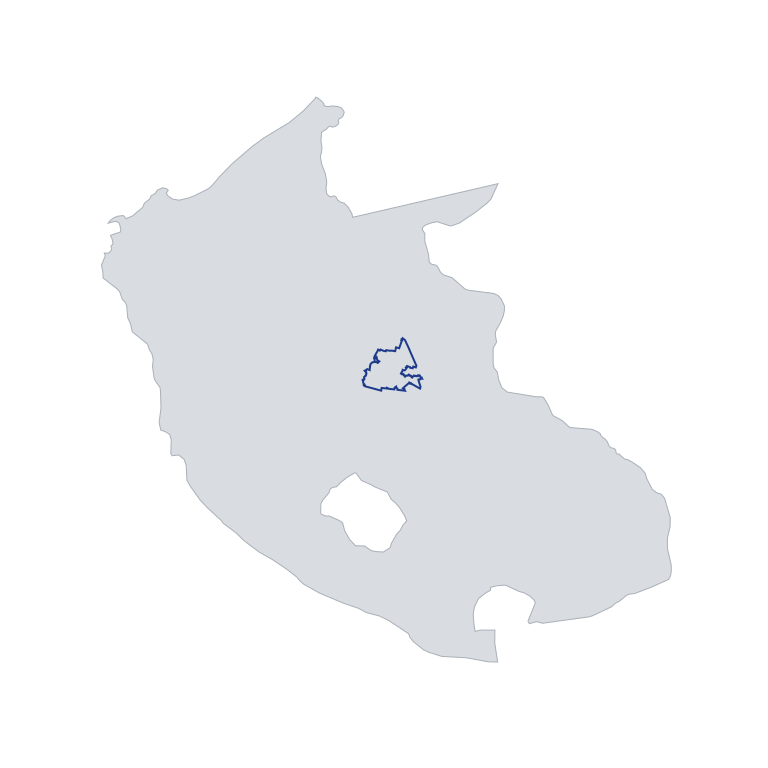 Frances Baard, Northern Cape, South Africa shown in context, rotated 79°
{"feature_id": "47623444B47551800403987", "entity_name": "Frances Baard", "entity_type": "district", "adm_level": 2, "iso_a3": "ZAF", "parent_name": "South Africa", "parent_adm1": "Northern Cape", "projection": "orthographic", "projection_center": [24.486, -28.328], "detail": "fine", "context": "in_parent", "style": "outline", "palette": "blue", "viewbox_px": 768, "rotation_deg": 79, "n_neighbors": 0, "source": "geoboundaries", "source_scale": "gbopen_adm2", "svg_char_len": 7913}
<svg xmlns="http://www.w3.org/2000/svg" viewBox="0 0 768 768"><g transform="rotate(79 384 384)"><path d="M549.7,130.4L569.7,128.5L578.6,130.4L589.3,135.2L599.3,137.2L616.4,136.6L622.2,137.6L626.8,139.3L630.1,141.8L634.2,159.2L637.5,177.8L637.1,183.7L637.6,186.0L642.0,194.1L643.5,199.0L646.1,203.1L651.2,223.1L651.7,226.6L649.1,274.0L646.4,279.6L647.0,287.1L644.2,287.9L628.1,277.4L625.2,277.6L620.4,280.9L615.8,286.2L613.5,290.8L604.6,303.2L603.6,311.3L604.0,318.3L606.7,318.7L608.4,323.8L612.5,332.0L619.8,337.6L626.7,340.3L636.4,341.5L644.2,341.8L644.0,336.4L646.7,322.1L659.4,324.7L678.6,325.5L676.6,334.7L668.4,355.6L662.4,379.3L656.0,391.1L652.5,395.9L642.8,404.1L637.8,406.8L633.8,407.5L617.1,424.5L610.8,432.8L604.9,445.1L599.4,451.7L591.2,466.0L577.0,487.1L565.3,500.9L560.2,504.8L556.8,506.5L547.7,514.4L534.9,527.2L525.1,538.7L510.7,551.6L502.4,557.2L490.0,568.4L486.6,570.0L472.8,580.3L462.9,586.6L447.1,593.8L440.8,595.8L426.0,593.7L419.8,594.6L414.5,599.1L414.0,605.7L411.8,606.6L398.2,603.5L392.6,604.0L389.3,607.5L386.6,611.9L378.9,612.1L365.0,607.5L348.6,604.8L344.8,604.5L337.0,608.0L334.2,608.5L322.7,607.9L316.2,605.9L310.1,606.0L305.5,607.8L299.8,608.5L284.8,621.1L276.9,621.3L270.1,622.9L258.0,621.6L254.4,622.5L250.9,624.7L242.8,625.9L239.7,627.9L226.3,639.5L220.6,638.6L213.4,638.7L205.0,633.1L202.0,633.6L202.7,631.8L202.8,628.6L199.7,625.5L196.6,625.8L194.7,623.2L189.8,623.2L185.8,624.2L184.5,613.9L182.6,612.9L177.6,613.0L175.3,613.4L174.2,614.4L173.1,616.9L173.5,624.1L171.6,622.1L169.4,617.9L168.5,613.3L168.9,607.8L172.5,605.6L171.0,598.7L164.5,587.1L160.8,584.7L157.7,578.7L154.8,576.7L153.4,572.4L150.4,569.2L149.2,563.8L150.5,560.6L152.7,558.8L155.3,561.3L158.3,560.1L162.3,556.0L164.5,549.9L164.1,540.4L163.1,534.4L158.8,519.2L157.0,515.8L148.6,505.2L138.7,490.9L125.8,468.3L119.4,454.7L109.2,427.0L100.8,411.5L90.7,397.1L89.4,396.3L90.7,394.3L95.4,390.6L97.6,389.5L98.8,389.9L99.9,388.8L100.9,386.4L101.3,381.1L103.3,375.4L105.2,372.9L109.5,371.1L112.9,373.0L114.4,374.9L115.2,377.6L116.7,378.8L119.0,378.5L120.8,380.1L122.0,383.4L121.9,385.9L120.7,387.5L121.0,389.5L122.8,391.9L125.0,397.3L134.0,399.6L139.1,399.7L143.9,400.8L148.5,403.0L155.9,403.3L166.1,401.5L174.6,401.6L181.3,403.7L186.1,403.9L189.1,402.3L190.2,400.1L189.7,397.2L191.1,395.4L194.4,394.5L197.0,392.2L198.9,388.6L203.5,385.5L210.7,383.0L214.4,383.0L209.1,233.9L222.9,243.7L226.2,248.3L233.1,262.0L240.3,279.0L241.6,287.3L241.4,289.1L234.9,300.7L234.8,306.2L235.8,312.8L237.5,316.0L239.5,317.0L244.2,315.2L251.5,316.7L265.3,315.6L272.3,316.3L274.0,315.7L275.6,314.3L277.3,310.3L278.9,309.0L285.3,307.1L288.2,304.8L292.6,297.0L306.3,286.3L307.8,283.8L316.2,258.8L318.8,255.2L322.7,252.8L330.4,250.9L334.9,251.8L339.8,253.9L345.3,257.5L353.5,264.3L356.3,265.3L364.4,265.5L369.5,270.0L384.8,273.0L389.2,272.9L393.9,270.5L401.8,270.6L410.2,269.0L415.4,264.6L425.5,237.5L426.7,231.5L427.8,229.9L435.9,226.9L445.8,224.7L447.8,223.5L454.0,216.0L462.2,209.9L468.2,188.3L471.9,183.2L474.2,181.1L475.7,181.1L477.8,179.8L480.5,177.2L483.8,175.6L487.5,175.1L489.9,173.4L491.1,170.5L493.0,169.2L495.7,169.3L497.3,168.4L497.7,166.5L503.9,162.0L504.1,160.1L507.7,155.6L514.7,148.6L521.2,144.7L527.2,144.1L538.5,140.8L542.5,137.4L545.2,132.8L549.7,130.4ZM520.8,450.6L530.3,447.3L537.4,442.7L539.3,433.9L544.9,428.7L547.0,423.7L548.8,416.8L545.9,409.3L541.7,407.0L534.0,400.4L530.7,396.0L526.0,392.2L522.7,387.8L517.2,389.0L508.6,392.2L503.2,395.2L498.7,398.9L490.6,401.4L482.9,413.2L480.4,415.9L474.4,424.5L465.9,428.6L465.7,430.2L468.3,437.4L472.0,444.6L475.9,450.5L475.6,454.1L476.9,456.9L480.5,459.0L486.4,466.4L489.4,468.8L498.6,470.8L499.9,470.4L502.6,466.1L503.0,463.1L509.5,453.9L512.3,451.1L520.8,450.6Z" fill="#d9dde1" stroke="#a8b0b8" stroke-width="1"/><path d="M372.3,348.7L361.6,351.1L357.6,352.0L356.1,352.3L353.3,352.9L344.9,355.0L342.7,356.9L343.3,357.2L343.0,357.3L343.3,358.1L343.5,358.0L344.4,358.6L344.7,358.1L351.8,362.3L350.3,365.1L351.4,365.7L352.7,366.2L353.9,366.8L352.8,369.8L352.4,372.2L351.2,375.3L352.2,375.9L351.7,377.4L351.7,377.6L349.5,380.9L350.4,381.7L349.1,383.2L350.2,383.9L351.1,384.6L352.6,386.0L353.5,386.7L354.6,387.7L356.8,388.9L357.9,388.6L357.6,388.1L356.4,386.9L356.0,386.2L359.5,386.0L360.0,385.3L360.9,384.3L362.0,386.0L361.8,386.2L361.7,386.4L361.8,386.5L361.7,386.6L361.5,386.8L361.3,386.9L361.2,387.0L361.0,387.6L360.9,387.7L360.8,387.8L360.7,388.1L360.8,388.4L360.8,388.5L360.6,388.6L360.0,388.7L359.9,388.7L359.9,388.8L360.0,389.0L360.1,389.6L360.2,389.8L360.5,390.1L360.6,390.3L360.5,390.5L360.6,390.9L360.6,391.6L361.4,392.7L361.7,393.3L362.1,393.5L362.7,393.8L362.9,393.8L363.5,394.2L363.7,394.3L364.4,394.6L364.6,394.5L365.6,394.8L365.9,394.9L367.1,395.4L367.3,395.5L367.5,395.5L367.0,396.4L366.2,397.5L366.3,398.0L366.6,398.3L367.0,399.5L367.2,400.2L367.3,400.1L367.5,400.1L367.6,400.3L367.8,400.3L367.9,400.2L368.0,399.8L368.0,399.6L368.1,399.4L368.3,399.5L368.6,399.5L368.6,399.4L368.8,399.2L369.0,399.2L369.3,399.5L369.6,399.5L369.9,399.3L370.1,399.4L370.4,399.3L370.6,399.5L370.9,399.6L371.1,399.6L371.5,400.0L371.7,399.9L371.8,399.9L372.2,400.1L372.3,400.3L372.5,400.4L372.5,400.5L372.5,400.9L372.8,401.4L373.0,401.6L373.2,402.0L373.3,402.2L373.7,402.4L373.9,402.4L374.0,402.4L374.3,402.2L374.5,402.2L374.9,402.2L375.2,402.2L375.3,402.2L375.4,402.3L375.5,402.6L375.7,402.8L375.9,402.9L376.1,403.0L376.1,403.4L376.1,403.6L375.8,403.9L375.7,404.1L375.8,404.2L375.9,404.3L376.1,404.3L376.4,404.3L376.9,404.0L377.0,404.0L377.4,404.1L377.6,404.1L377.9,404.1L378.2,404.0L378.3,404.0L378.5,404.1L378.8,404.1L379.0,404.0L379.4,404.0L379.8,403.8L380.0,403.8L380.7,404.0L380.7,403.9L380.6,403.5L380.7,403.3L380.8,403.3L381.0,403.4L381.2,403.5L381.2,403.9L381.2,404.1L381.3,404.1L381.4,403.9L381.6,403.9L381.7,403.7L381.8,403.4L381.9,403.5L382.0,403.6L382.4,403.3L382.5,403.3L390.0,388.0L387.4,387.1L388.8,382.7L388.1,382.1L389.0,380.9L389.3,380.5L389.5,380.6L391.3,374.9L389.6,374.3L388.9,372.6L390.2,372.8L390.9,371.7L392.3,371.9L394.6,364.7L394.3,364.8L394.0,364.8L393.6,365.0L393.1,364.9L392.8,364.9L392.6,365.0L392.4,365.4L392.1,365.9L391.9,366.2L391.8,366.3L387.5,358.9L387.7,358.7L388.1,358.6L388.3,358.7L388.5,358.6L388.5,358.4L388.6,358.5L388.5,358.4L388.5,358.2L388.7,357.9L388.1,358.0L392.5,352.9L395.4,349.5L394.9,349.2L393.7,348.7L392.7,348.8L391.6,348.9L390.9,349.0L389.6,349.2L388.4,349.3L386.5,349.5L386.3,349.4L386.4,349.2L386.2,348.9L386.3,348.8L386.3,348.7L386.2,348.5L386.3,348.4L386.3,348.0L386.4,347.7L386.3,347.3L386.0,347.2L385.8,346.7L385.8,346.3L385.8,346.1L385.8,345.8L385.9,345.6L384.9,345.8L385.1,346.7L382.6,347.2L382.6,347.3L382.6,347.5L382.4,347.7L382.4,347.9L382.2,348.0L382.3,348.4L382.4,348.5L382.2,348.6L381.9,348.9L382.0,349.2L382.2,349.6L382.4,349.8L382.6,350.0L382.6,350.9L382.2,351.1L381.8,352.0L382.0,352.3L381.9,352.8L381.8,353.0L381.5,352.9L381.4,353.1L382.8,354.7L382.5,354.8L382.4,355.0L382.5,355.1L382.7,355.4L382.7,355.5L382.3,355.6L382.2,355.5L381.8,355.5L381.6,355.7L381.4,355.7L381.3,355.8L381.3,356.1L381.2,356.1L381.2,356.3L381.1,356.5L381.0,356.8L380.9,357.0L380.4,357.2L380.4,357.3L380.4,357.5L380.2,357.7L380.1,357.8L379.9,357.8L379.7,357.6L379.5,357.9L379.6,358.0L379.9,358.2L379.9,358.4L380.0,358.5L380.2,358.8L380.3,358.9L380.3,359.0L380.2,359.1L380.2,359.3L380.1,359.5L380.1,360.1L380.2,360.3L380.1,360.5L380.0,360.8L380.1,361.0L380.2,361.3L380.3,361.4L380.2,361.5L380.3,361.6L380.2,361.6L380.0,361.8L379.9,361.9L379.9,362.0L379.7,362.0L379.6,362.3L379.8,362.5L379.7,362.7L379.5,362.8L379.4,362.8L379.2,362.8L378.9,362.9L379.0,362.8L378.9,362.8L378.7,362.8L378.5,363.0L378.1,363.1L377.9,363.1L377.8,363.3L377.7,363.4L377.9,364.0L378.0,364.4L378.0,364.5L377.8,364.7L377.6,364.8L376.9,365.4L374.4,363.1L373.7,362.9L374.2,362.2L374.5,361.5L374.5,360.8L372.4,358.5L371.8,359.3L370.7,358.0L372.4,355.2L373.1,355.2L374.0,352.8L372.4,351.9L373.8,349.6L372.3,348.7Z" fill="none" stroke="#1e3a8a" stroke-width="2"/></g></svg>